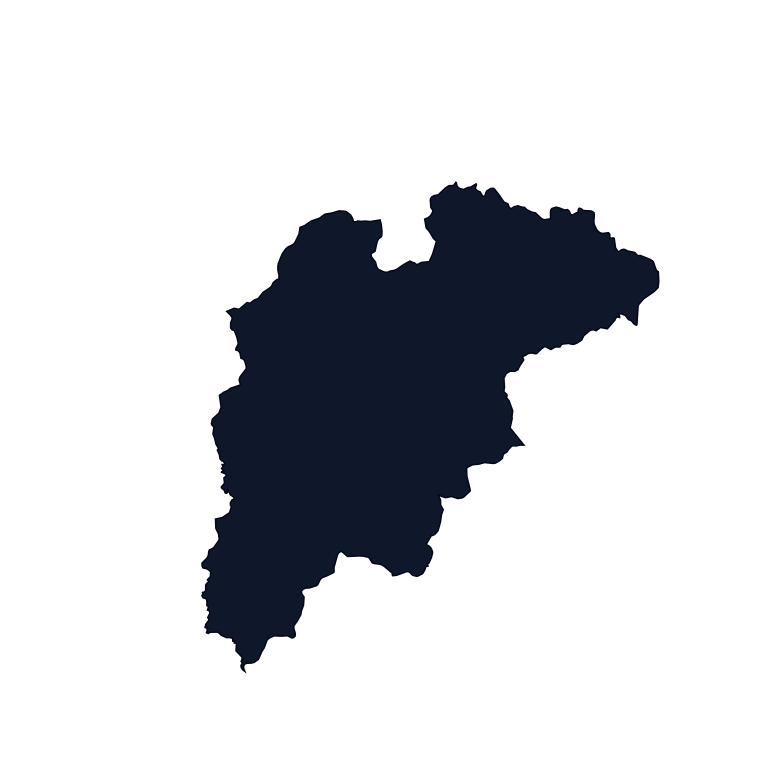 the district of Phu Luong, Thái Nguyên, Vietnam, rotated 54°
{"feature_id": "81297802B92827581567655", "entity_name": "Phu Luong", "entity_type": "district", "adm_level": 2, "iso_a3": "VNM", "parent_name": "Vietnam", "parent_adm1": "Thái Nguyên", "projection": "orthographic", "projection_center": [105.735, 21.765], "detail": "fine", "context": "isolated", "style": "filled", "palette": "ink", "viewbox_px": 768, "rotation_deg": 54, "n_neighbors": 0, "source": "geoboundaries", "source_scale": "gbopen_adm2", "svg_char_len": 6164}
<svg xmlns="http://www.w3.org/2000/svg" viewBox="0 0 768 768"><g transform="rotate(54 384 384)"><path d="M454.4,96.1L453.5,96.6L451.4,96.7L443.3,94.2L440.2,95.1L430.6,101.1L429.3,103.3L425.0,103.8L419.2,109.0L416.9,110.0L415.9,110.9L415.0,112.8L415.0,116.5L414.7,116.8L410.1,116.7L401.4,112.1L400.6,112.6L398.8,115.6L395.5,113.3L393.5,113.5L390.7,118.7L388.4,120.5L384.6,121.2L378.5,120.2L375.9,118.7L370.6,114.3L369.2,113.5L367.7,113.7L365.7,114.8L360.7,120.9L358.4,121.3L356.6,122.6L356.9,124.0L359.4,126.5L358.5,127.8L358.1,132.5L356.4,133.2L352.7,132.6L350.8,133.0L349.5,135.5L344.4,138.8L342.1,140.8L340.7,144.9L341.0,146.4L342.5,148.1L347.6,151.7L348.1,152.4L345.4,157.6L344.1,158.7L341.9,159.5L334.5,160.9L331.9,163.4L326.9,166.0L323.7,166.5L321.6,168.8L318.5,170.9L317.0,174.8L317.0,177.8L315.8,178.7L314.1,178.8L311.3,177.8L307.2,180.0L299.4,179.7L291.1,180.0L289.9,180.5L288.6,182.6L288.2,187.2L288.8,188.7L291.3,192.1L290.6,193.3L289.2,193.7L285.1,193.3L282.4,194.9L280.1,195.3L279.5,195.1L277.0,192.0L276.2,191.9L275.7,197.9L274.3,200.7L273.5,204.9L272.5,206.1L270.4,207.8L268.2,208.5L266.4,208.4L263.8,207.2L263.1,207.3L264.1,210.5L264.0,211.5L261.7,214.9L261.5,219.0L262.8,228.9L261.0,232.8L260.7,235.6L261.3,237.2L262.5,238.5L268.9,242.4L271.8,242.3L273.5,243.6L275.2,247.4L275.3,250.8L274.5,254.2L282.5,258.1L287.4,257.7L295.4,258.4L299.3,257.6L307.6,268.5L311.6,275.6L307.6,282.3L306.9,287.3L303.6,288.3L302.8,289.2L299.8,290.7L298.9,297.7L298.7,306.0L298.2,308.6L296.0,313.3L295.9,314.7L295.2,316.2L293.4,318.1L288.0,321.2L285.1,321.1L280.3,319.2L273.9,319.4L271.7,318.5L271.0,317.2L271.4,313.3L264.6,305.6L263.4,303.1L263.3,299.7L262.8,298.7L259.5,296.0L253.6,292.6L249.0,290.7L244.5,299.6L241.4,303.1L238.7,307.3L236.7,309.4L236.4,311.1L235.2,313.0L234.6,313.3L231.8,312.1L227.8,311.7L224.8,312.4L222.3,313.3L221.0,314.4L217.5,318.6L215.1,325.5L211.9,332.0L211.9,338.8L209.3,347.4L209.2,355.3L207.9,359.8L212.7,364.6L217.2,372.9L217.7,375.4L216.7,381.2L217.0,384.3L218.9,389.8L221.3,393.8L224.6,398.9L226.4,400.7L229.5,402.9L234.4,405.1L237.3,407.3L236.5,409.3L236.8,413.9L238.7,417.3L239.1,419.5L238.8,428.1L240.9,435.3L239.8,439.7L239.9,445.0L237.6,446.9L238.4,457.3L234.7,460.7L232.8,468.6L238.4,467.7L240.8,467.9L242.2,468.7L244.2,472.0L248.3,475.0L249.7,475.2L251.1,474.9L253.0,473.7L259.4,475.4L265.1,477.8L266.3,479.0L268.1,482.8L269.3,483.9L271.4,482.4L272.8,482.3L274.2,482.3L279.2,484.6L281.0,483.2L283.3,483.1L288.8,485.1L290.7,486.6L293.5,496.0L295.0,498.3L296.6,499.3L300.0,500.4L300.1,501.5L297.2,510.7L297.3,514.8L296.5,518.4L296.4,523.8L307.0,529.4L310.5,534.5L311.5,543.5L314.7,547.0L316.4,547.4L318.8,546.8L323.8,551.7L328.6,553.0L334.0,555.3L338.3,555.7L339.1,556.0L339.5,557.7L344.3,558.7L348.3,560.7L350.8,560.4L352.0,559.4L355.0,559.6L355.2,560.6L354.0,562.3L356.4,562.8L356.8,565.1L360.9,565.1L359.6,566.9L359.9,567.3L363.5,565.2L365.5,565.2L365.9,568.8L369.9,570.9L370.6,571.7L371.7,576.2L372.7,576.5L375.9,575.7L378.6,576.5L379.4,576.2L379.8,575.6L379.8,574.2L379.1,573.5L377.6,573.6L377.3,573.0L378.3,572.1L383.2,573.5L386.5,572.3L389.2,572.4L388.4,574.8L389.7,578.1L391.6,579.4L393.8,579.8L397.3,584.6L397.0,593.3L394.2,599.7L402.0,604.9L408.1,606.0L412.6,608.5L413.3,609.3L416.2,617.6L416.3,619.7L415.6,622.8L416.5,624.2L419.2,626.7L420.7,629.2L421.9,636.5L424.2,638.1L426.3,638.6L429.9,635.6L434.0,634.6L437.8,637.6L438.5,641.9L439.1,642.2L440.8,641.5L441.1,641.9L441.1,644.3L441.8,646.4L446.2,649.6L446.8,651.6L446.0,653.1L446.2,653.6L448.1,653.6L447.7,654.7L448.2,655.8L450.7,656.0L453.5,654.0L455.9,655.1L459.1,657.5L460.6,657.0L461.3,657.2L463.2,659.7L464.5,658.7L466.9,659.3L469.3,663.8L471.5,664.1L472.2,664.7L473.7,669.7L474.9,670.5L475.3,671.7L476.2,671.8L477.2,670.6L479.2,671.7L480.9,673.8L482.5,672.9L482.7,670.5L486.6,664.9L487.6,664.1L491.7,663.3L496.4,660.7L498.4,657.9L500.9,655.9L503.1,657.5L504.3,656.3L505.5,657.4L507.1,655.8L512.9,660.6L521.6,659.4L522.9,660.4L524.6,662.7L525.2,662.4L526.8,663.2L527.6,665.1L529.3,666.1L531.8,666.4L534.8,665.5L530.9,664.4L529.1,662.4L528.8,660.9L529.4,659.0L531.8,655.4L532.9,652.7L532.9,647.4L528.7,640.2L527.0,636.0L522.5,629.2L522.1,626.5L522.9,621.8L523.5,620.5L527.9,614.9L530.9,610.1L535.3,607.8L536.0,606.3L535.8,604.2L533.9,602.5L528.6,600.5L526.7,599.2L524.8,593.4L521.7,586.9L519.1,584.3L515.7,579.2L509.4,573.9L505.2,573.8L502.9,572.4L502.5,570.0L503.0,567.4L505.2,564.1L507.5,557.0L507.3,555.4L504.7,550.5L504.3,548.0L505.9,541.7L506.9,535.5L506.6,534.8L503.1,532.4L494.7,521.8L493.9,519.8L494.0,517.6L494.9,516.7L496.2,516.2L502.1,514.9L508.6,505.0L510.8,502.2L514.9,498.6L516.1,498.2L521.1,498.6L522.7,498.2L527.5,493.2L528.9,492.1L532.1,490.9L541.9,488.5L543.4,489.6L544.3,489.6L546.2,486.1L549.2,475.7L550.8,474.0L555.5,473.3L558.4,470.9L559.3,469.7L560.1,464.2L558.5,460.4L556.3,457.4L557.2,455.5L555.3,454.7L555.3,453.0L552.5,448.0L549.2,444.0L547.9,443.2L544.4,442.4L542.1,442.6L538.6,444.2L534.6,435.3L535.6,431.5L534.5,426.6L528.8,419.4L523.4,414.2L520.5,409.9L515.2,409.3L511.0,406.4L505.6,405.3L509.1,403.3L512.3,400.8L514.8,395.4L520.0,391.7L522.0,387.9L522.3,386.0L521.3,377.5L520.6,376.6L507.6,371.3L500.9,366.9L500.5,365.3L501.4,359.8L504.6,354.4L506.7,348.8L512.5,342.3L513.5,340.3L514.0,336.6L513.8,332.0L511.0,328.8L511.2,324.1L510.2,321.9L509.4,317.5L509.7,316.0L511.7,313.7L513.4,309.8L515.7,306.7L493.7,307.8L487.2,300.5L485.5,299.6L481.4,295.6L471.0,292.7L466.4,292.9L466.1,291.5L464.6,290.7L460.6,291.5L457.3,288.3L449.8,283.6L447.7,279.6L447.4,278.1L447.8,274.4L450.7,270.6L451.2,267.4L449.3,263.9L446.7,256.9L443.2,255.8L444.0,252.5L444.0,249.7L445.7,246.2L448.5,243.8L449.1,242.6L448.1,235.6L448.2,231.7L454.2,228.7L454.8,223.6L457.4,220.0L456.4,217.0L456.8,215.7L459.8,210.7L462.5,208.5L463.6,206.8L464.4,203.5L464.6,198.2L462.4,194.0L461.8,186.5L462.3,184.2L463.5,182.4L465.6,181.1L465.5,175.6L470.6,170.9L468.1,159.7L467.3,158.7L466.7,156.6L466.9,155.8L468.7,154.3L468.2,153.8L465.0,152.9L467.2,150.4L470.6,148.4L475.5,148.4L478.1,146.7L482.3,146.5L484.8,145.3L484.8,144.6L471.0,133.2L469.5,131.4L467.7,124.0L468.0,110.9L467.1,105.6L462.3,101.2L454.4,96.1Z" fill="#0f172a" stroke="#020617" stroke-width="1.5"/></g></svg>